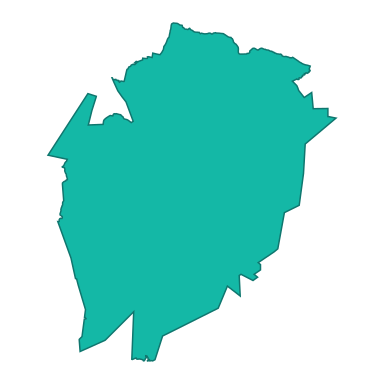 outline of Matachí, Chihuahua, Mexico
{"feature_id": "50627088B19722398336980", "entity_name": "Matachí", "entity_type": "district", "adm_level": 2, "iso_a3": "MEX", "parent_name": "Mexico", "parent_adm1": "Chihuahua", "projection": "mercator", "projection_center": [-107.708, 28.816], "detail": "fine", "context": "isolated", "style": "filled", "palette": "teal", "viewbox_px": 384, "rotation_deg": 0, "n_neighbors": 0, "source": "geoboundaries", "source_scale": "gbopen_adm2", "svg_char_len": 5630}
<svg xmlns="http://www.w3.org/2000/svg" viewBox="0 0 384 384"><path d="M233.2,40.7L232.8,39.6L232.3,38.7L231.7,38.4L230.9,37.4L230.2,37.4L229.4,37.3L228.0,36.8L227.4,36.3L226.6,35.8L225.2,34.8L224.5,34.5L224.0,34.0L223.2,33.6L221.8,33.5L220.8,33.4L219.4,33.2L217.3,33.1L216.4,33.1L215.6,32.7L214.9,32.9L213.8,33.0L213.2,33.2L212.9,33.7L212.1,34.0L211.3,33.9L210.8,33.4L210.2,33.2L209.0,33.1L208.2,33.4L207.1,33.7L204.8,33.9L203.5,33.7L202.3,33.4L201.4,33.2L200.3,33.7L199.8,33.2L199.1,32.3L198.3,32.4L197.2,32.2L195.8,32.2L194.3,31.9L193.3,31.3L192.7,30.6L191.2,30.0L190.4,29.4L189.8,28.4L189.6,28.3L189.4,28.3L189.0,28.6L188.2,29.4L187.4,29.5L186.8,29.2L185.3,29.2L184.3,28.6L183.7,27.7L182.7,27.4L182.1,25.3L179.9,25.0L178.7,24.2L177.6,23.5L176.6,23.3L175.0,23.2L173.4,23.0L172.5,23.4L171.6,24.0L171.2,25.4L171.0,27.2L170.8,28.9L170.4,30.2L170.1,31.1L170.2,31.9L169.9,32.7L169.5,34.5L169.3,35.9L169.0,37.2L168.1,38.1L167.5,39.2L166.6,41.7L166.0,43.2L165.4,44.3L165.0,45.0L163.9,46.4L163.6,48.3L163.3,49.7L161.6,52.7L161.0,53.4L160.4,54.1L160.2,54.6L159.3,54.6L156.0,53.9L152.8,53.1L152.4,55.6L152.1,57.5L148.4,56.7L147.6,56.8L147.7,57.0L147.3,58.4L145.0,58.5L144.9,58.4L142.7,58.2L142.6,59.9L138.1,61.6L138.0,61.8L136.2,61.4L134.7,62.8L136.4,63.1L134.8,64.6L132.6,64.4L131.1,65.2L130.6,66.3L128.8,67.0L128.0,68.8L127.0,69.4L126.7,70.3L124.2,81.2L123.9,81.5L122.0,81.2L121.0,81.0L120.4,81.6L119.5,82.2L118.7,81.4L118.4,81.1L118.5,81.0L118.8,80.9L118.9,80.6L118.2,80.4L116.2,80.1L115.9,79.4L114.9,79.4L114.2,79.9L113.2,79.5L112.3,77.8L112.0,77.8L114.1,82.7L115.8,86.4L117.8,90.8L122.1,96.9L126.0,101.9L133.2,121.3L131.2,122.6L128.4,120.4L126.9,119.6L124.4,119.0L123.9,118.7L123.6,118.2L123.2,117.4L123.1,117.0L122.2,116.3L121.2,115.4L120.9,115.2L120.8,114.8L120.5,114.7L119.4,114.5L116.4,113.7L116.0,113.7L115.3,113.9L114.9,113.8L114.3,113.7L114.0,113.8L113.3,114.4L113.0,115.4L112.8,115.9L110.2,115.5L108.8,116.3L106.3,117.9L104.3,119.6L103.6,120.9L103.1,124.4L88.3,125.0L91.9,110.5L96.1,97.2L96.3,96.3L87.9,93.6L48.0,155.2L67.3,159.3L66.8,160.3L66.5,161.3L66.0,161.6L65.1,162.6L64.6,163.7L64.0,165.1L63.6,165.8L63.0,166.3L62.4,166.6L62.2,166.9L62.3,167.1L62.7,167.3L63.0,167.4L63.5,167.6L64.1,167.5L64.4,167.6L64.6,167.9L64.9,169.9L64.7,170.8L65.6,173.3L66.2,174.0L66.5,176.3L66.8,176.8L67.0,177.7L67.3,178.7L67.5,179.2L67.3,179.7L66.5,179.9L66.0,180.3L65.6,181.0L64.5,181.3L63.6,181.9L62.5,183.0L62.4,184.0L63.7,200.8L63.3,201.3L62.7,202.3L62.6,203.2L62.6,205.0L62.2,205.5L61.8,206.7L61.3,207.9L60.9,209.4L61.0,210.7L60.5,212.4L60.0,214.0L60.2,215.1L61.0,215.5L61.7,216.2L62.2,216.5L62.3,217.5L62.2,218.1L61.9,218.5L60.6,218.3L59.9,218.6L59.4,219.3L59.1,220.1L59.2,221.0L59.2,221.4L58.8,221.7L58.3,221.7L57.8,221.6L71.0,258.1L75.5,278.6L76.6,278.9L78.2,285.1L85.5,309.6L84.5,317.3L85.2,317.4L86.0,318.7L85.3,319.0L84.3,319.1L82.0,336.6L80.9,337.7L79.3,339.3L79.2,339.7L80.1,351.5L105.2,340.2L133.7,311.7L131.8,359.3L132.3,359.5L133.3,359.1L135.3,358.2L136.2,358.1L136.4,358.6L136.7,359.0L137.1,359.2L139.6,359.0L140.7,359.2L142.3,359.6L142.8,359.8L143.1,360.0L143.1,360.3L143.3,360.7L143.8,360.9L144.3,360.7L144.6,360.3L145.1,359.5L145.2,359.0L145.4,358.5L145.7,358.3L146.1,357.9L146.3,357.5L146.5,357.2L146.4,357.0L146.1,356.9L145.9,356.7L145.7,356.3L145.7,355.9L145.7,355.7L146.0,355.7L146.2,355.9L146.7,356.0L147.0,356.1L147.2,356.4L147.3,357.0L147.7,357.3L147.9,357.5L148.0,359.0L148.6,359.4L149.0,359.4L149.2,359.5L148.5,360.1L147.4,360.7L147.4,360.9L147.5,361.0L148.1,360.9L148.6,360.6L149.7,360.9L150.8,360.8L151.5,360.6L152.7,360.9L155.0,359.7L162.6,336.0L218.2,308.2L227.4,286.1L240.2,296.0L239.2,275.5L241.0,274.3L253.0,280.5L257.6,277.2L254.1,274.3L260.5,269.9L260.5,264.6L258.2,262.6L274.2,251.8L277.8,248.8L284.4,212.6L299.2,205.3L303.5,173.5L305.2,144.0L336.0,118.1L328.1,116.5L327.9,116.5L327.9,113.6L327.9,108.5L313.2,108.7L311.7,92.5L304.2,97.5L299.0,90.9L298.6,90.3L297.8,87.9L296.8,85.6L292.4,81.2L296.8,79.0L297.3,79.4L298.7,79.5L299.0,79.3L299.0,78.6L299.0,78.1L299.3,77.8L300.8,78.0L301.5,77.5L301.8,76.8L302.1,76.3L302.5,76.3L302.4,75.9L302.6,75.4L303.4,75.1L303.9,74.7L304.4,74.8L304.4,73.9L304.9,74.2L305.4,73.7L305.3,73.4L305.7,73.2L306.1,72.8L306.8,72.9L307.1,73.3L308.1,72.9L308.7,72.0L309.2,72.0L309.3,71.2L309.9,71.1L310.1,70.5L310.1,70.3L309.7,70.0L309.4,69.6L309.2,68.9L309.8,67.4L310.2,66.1L309.6,65.9L308.4,65.5L307.8,65.3L306.3,65.0L305.7,64.9L304.9,64.7L304.2,64.4L303.4,64.2L302.8,63.8L302.1,63.5L301.5,63.3L301.1,62.8L299.5,62.1L298.6,61.3L292.7,57.3L291.9,57.7L291.4,57.8L291.1,57.9L290.7,57.7L290.0,57.8L289.5,57.7L289.0,57.3L288.6,57.1L288.2,57.1L285.9,56.4L284.9,56.6L283.8,56.5L282.8,56.2L282.1,55.8L281.8,55.0L281.3,54.5L280.9,54.2L280.5,54.1L280.1,54.3L279.7,54.3L279.2,54.1L278.7,54.1L278.4,54.0L276.6,53.8L275.9,53.3L275.5,53.1L275.0,53.1L274.5,53.0L274.3,52.6L273.9,52.3L273.5,52.3L273.2,52.0L272.9,51.9L272.5,51.9L272.1,51.7L271.9,51.3L271.5,51.2L270.7,51.3L270.1,51.1L269.6,50.6L268.7,50.4L268.1,50.0L267.1,50.0L266.5,49.9L265.9,49.7L265.3,49.3L264.7,49.4L263.9,49.1L263.3,48.9L262.9,48.6L262.4,48.4L261.6,48.2L261.0,48.3L260.4,48.5L259.8,48.8L259.2,49.4L258.8,49.5L258.5,49.9L257.6,50.0L256.9,49.7L255.3,48.7L254.5,48.3L253.9,48.2L253.2,48.3L252.5,48.5L252.1,49.1L251.6,49.3L250.7,50.3L250.1,50.6L249.8,51.2L249.7,52.5L248.6,53.4L248.0,53.4L247.1,53.4L246.9,53.8L246.4,54.0L244.6,54.0L243.1,54.1L242.4,54.1L240.4,54.1L239.5,54.0L239.1,53.8L238.7,53.3L238.3,52.2L238.3,51.5L238.3,50.8L238.4,49.1L238.4,48.8L238.2,47.5L237.9,46.8L237.0,45.5L236.7,45.1L236.0,44.2L234.8,43.5L233.8,42.4L233.4,41.9L233.4,41.3L233.2,40.7Z" fill="#14b8a6" stroke="#0f766e" stroke-width="1.5"/></svg>